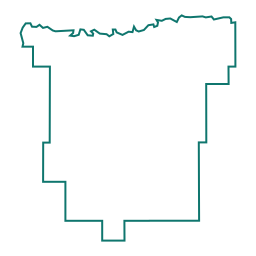 the district of McCone, Montana, United States of America
{"feature_id": "52423323B73042281108203", "entity_name": "McCone", "entity_type": "district", "adm_level": 2, "iso_a3": "USA", "parent_name": "United States of America", "parent_adm1": "Montana", "projection": "equal_earth", "projection_center": [-105.857, 47.595], "detail": "fine", "context": "isolated", "style": "outline", "palette": "teal", "viewbox_px": 256, "rotation_deg": 0, "n_neighbors": 0, "source": "geoboundaries", "source_scale": "gbopen_adm2", "svg_char_len": 1018}
<svg xmlns="http://www.w3.org/2000/svg" viewBox="0 0 256 256"><path d="M80.0,220.8L102.2,220.8L102.2,240.6L124.5,240.6L124.4,220.8L199.1,220.7L198.8,142.4L206.3,142.4L206.2,84.0L228.6,84.0L228.5,66.6L235.4,66.6L235.3,22.3L231.3,22.9L231.1,19.0L229.3,17.3L223.5,17.3L213.9,19.5L211.5,16.5L205.8,17.4L202.5,16.4L190.3,17.2L184.9,16.9L181.7,15.4L179.0,17.5L176.8,22.0L170.3,18.5L165.7,18.9L161.8,20.8L156.5,19.9L158.0,22.4L157.3,25.8L154.2,27.0L153.4,24.4L148.4,25.2L143.9,30.0L138.7,31.5L136.1,30.3L134.0,26.6L132.5,32.1L128.6,31.7L122.5,34.9L116.7,32.4L115.4,29.5L112.8,29.5L113.3,34.0L109.3,36.3L106.6,34.2L99.8,33.6L94.3,29.7L91.0,31.3L93.2,33.6L92.8,35.7L87.7,35.3L83.8,29.8L80.4,29.4L78.7,34.8L74.1,36.2L70.2,35.6L73.1,33.0L73.5,30.3L55.5,31.3L52.8,30.5L47.4,26.8L43.0,27.9L39.5,24.8L36.5,26.9L32.0,26.7L30.4,23.3L25.7,23.4L22.7,27.6L20.6,33.1L23.3,43.2L22.5,46.7L33.0,46.7L33.0,66.6L49.9,66.6L49.7,142.6L43.2,142.6L43.1,181.8L65.4,181.8L65.4,220.8L80.0,220.8Z" fill="none" stroke="#0f766e" stroke-width="2"/></svg>